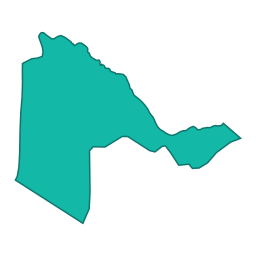 the district of Belén, Salto, Uruguay
{"feature_id": "84410073B21577121406098", "entity_name": "Belén", "entity_type": "district", "adm_level": 2, "iso_a3": "URY", "parent_name": "Uruguay", "parent_adm1": "Salto", "projection": "equal_earth", "projection_center": [-57.672, -30.856], "detail": "fine", "context": "isolated", "style": "filled", "palette": "teal", "viewbox_px": 256, "rotation_deg": 0, "n_neighbors": 0, "source": "geoboundaries", "source_scale": "gbopen_adm2", "svg_char_len": 2101}
<svg xmlns="http://www.w3.org/2000/svg" viewBox="0 0 256 256"><path d="M163.1,131.2L160.3,129.6L157.8,127.0L156.0,123.8L154.4,120.0L153.0,117.2L149.7,113.1L148.0,109.5L145.4,105.8L142.0,101.9L137.8,98.1L135.1,96.1L133.9,94.9L132.8,92.5L132.0,90.1L130.0,88.2L129.3,84.8L127.2,80.1L125.8,76.8L123.3,74.5L120.8,74.0L118.3,73.8L116.3,73.7L115.7,73.9L115.1,72.8L114.3,72.6L111.2,71.5L110.2,70.7L109.9,69.3L108.6,68.4L106.2,68.3L105.5,68.0L104.8,67.7L104.8,66.5L103.9,65.5L103.2,65.2L102.4,64.5L101.6,64.3L101.2,64.7L101.1,65.3L100.6,65.3L100.3,65.1L100.1,64.4L99.9,63.4L100.1,62.0L100.0,61.8L99.6,60.8L99.4,60.5L99.1,60.2L98.6,60.1L98.2,60.1L97.7,60.4L97.1,60.4L96.7,60.3L95.9,60.1L94.0,58.8L93.1,58.5L92.4,58.0L90.4,56.2L89.9,55.3L89.8,54.4L89.6,54.1L89.3,53.9L89.3,53.4L89.1,53.0L88.4,52.8L87.9,52.0L87.6,51.2L87.6,50.5L87.7,49.8L87.8,49.2L87.7,48.7L87.2,47.7L86.4,46.9L85.2,45.7L83.5,44.5L82.4,43.8L81.4,43.2L80.4,43.0L79.3,43.0L77.6,43.6L76.0,44.8L74.5,45.4L74.2,45.5L73.0,43.8L72.0,43.5L71.2,42.1L68.3,39.8L64.8,37.3L61.1,35.6L59.1,36.0L58.1,36.4L56.6,37.1L54.1,38.8L51.8,38.9L48.2,36.4L45.7,34.5L43.5,32.7L41.3,32.7L40.0,33.9L38.7,36.4L39.5,39.2L41.0,43.2L42.4,47.5L43.1,52.0L42.2,56.4L37.5,58.1L31.9,58.7L23.8,62.8L22.5,63.6L22.4,68.5L22.4,72.1L22.4,76.5L22.5,82.1L22.4,86.9L22.2,93.0L22.1,97.3L21.5,103.6L21.4,105.9L21.2,107.9L20.8,112.1L20.5,120.0L20.3,124.8L20.1,130.4L20.0,135.7L19.9,141.6L19.8,146.9L19.7,151.4L19.5,156.2L19.3,159.8L19.2,162.6L19.0,164.6L18.9,167.2L18.0,172.3L17.3,176.3L15.4,180.1L82.9,223.3L89.2,208.7L90.0,191.9L89.5,150.8L93.2,146.8L105.0,147.0L122.1,136.5L127.7,136.5L149.7,150.6L155.0,151.9L161.9,146.5L165.3,145.7L170.6,152.7L178.7,165.2L189.0,164.2L192.4,168.4L199.0,168.0L207.5,162.9L216.4,152.6L230.5,142.2L240.6,138.3L223.3,123.3L221.7,125.3L219.9,125.7L218.3,126.0L215.4,125.6L212.6,126.3L210.2,127.7L207.6,127.5L204.7,128.0L202.3,128.4L200.5,129.6L197.6,129.7L195.6,127.7L193.3,126.4L190.6,127.4L187.9,129.1L185.9,130.8L183.7,130.6L180.3,131.7L176.5,134.0L173.2,135.2L170.6,135.4L166.3,133.4L163.1,131.2Z" fill="#14b8a6" stroke="#0f766e" stroke-width="1.5"/></svg>